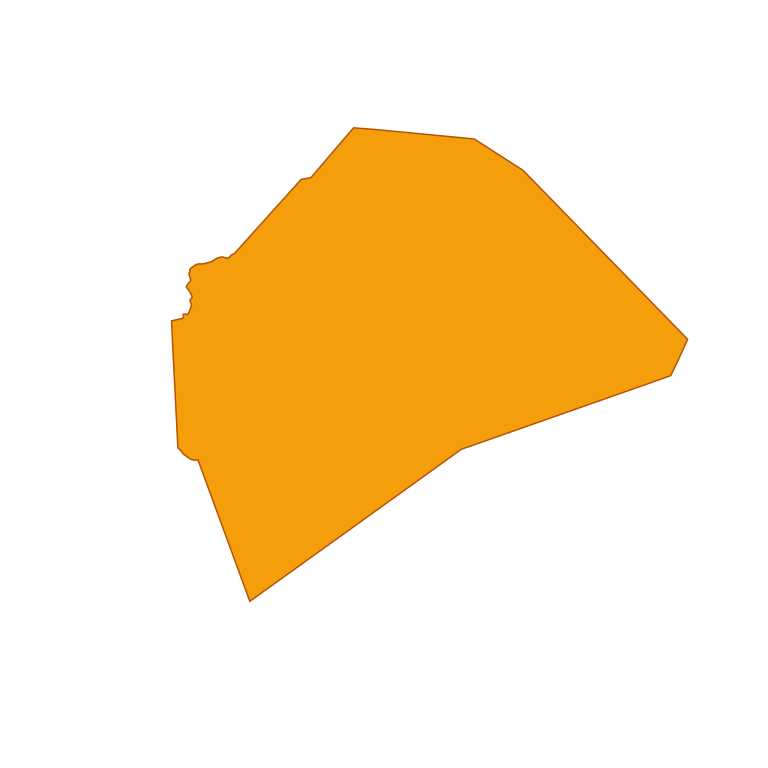 the district of San Luis, Comayagua, Honduras, rotated 127°
{"feature_id": "27666195B17713094876682", "entity_name": "San Luis", "entity_type": "district", "adm_level": 2, "iso_a3": "HND", "parent_name": "Honduras", "parent_adm1": "Comayagua", "projection": "natural_earth1", "projection_center": [-87.433, 14.775], "detail": "fine", "context": "isolated", "style": "filled", "palette": "amber", "viewbox_px": 768, "rotation_deg": 127, "n_neighbors": 0, "source": "geoboundaries", "source_scale": "gbopen_adm2", "svg_char_len": 4647}
<svg xmlns="http://www.w3.org/2000/svg" viewBox="0 0 768 768"><g transform="rotate(127 384 384)"><path d="M638.3,360.4L554.6,334.3L444.5,300.0L389.7,283.0L258.0,195.4L231.0,177.4L204.7,160.0L187.0,163.6L165.6,168.4L146.3,293.4L129.7,401.5L134.0,459.3L186.9,545.6L197.8,562.5L211.0,563.3L215.3,563.6L262.2,566.5L263.2,566.6L270.5,573.3L370.1,582.0L370.4,582.2L370.7,582.5L371.1,582.7L371.2,582.8L371.4,582.9L371.6,583.0L371.8,583.1L372.1,583.2L372.4,583.3L372.6,583.4L372.8,583.5L373.0,583.5L373.3,583.6L373.5,583.6L373.9,583.6L374.0,583.6L374.5,583.7L374.8,583.7L375.2,583.7L375.5,583.8L376.0,583.9L376.3,584.0L376.5,584.0L376.8,584.2L377.3,584.4L377.5,584.4L377.6,584.5L377.8,584.6L377.9,584.8L378.0,584.8L378.0,585.0L378.2,585.3L378.2,585.5L378.3,585.6L378.4,586.0L378.5,586.3L378.6,586.7L378.6,586.8L378.7,587.0L378.8,587.2L379.1,587.9L379.4,588.6L379.5,588.9L379.6,589.0L379.8,589.3L379.9,589.6L380.0,589.6L380.1,589.8L380.4,590.1L380.6,590.4L380.7,590.6L380.9,590.7L381.0,590.8L381.3,591.1L381.5,591.3L382.0,591.6L382.3,591.9L382.5,592.0L382.9,592.3L383.4,592.6L383.9,592.9L384.4,593.1L384.9,593.4L385.4,593.6L385.7,593.8L385.9,593.9L386.2,594.0L386.5,594.1L386.8,594.2L387.0,594.3L387.3,594.4L387.6,594.5L387.9,594.5L388.2,594.6L388.4,594.7L388.5,594.8L388.8,594.9L389.0,594.9L389.3,595.1L389.5,595.2L389.9,595.4L390.1,595.5L390.5,595.8L391.1,596.2L391.4,596.4L392.7,597.3L393.5,597.9L394.2,598.4L394.8,599.0L395.5,599.6L396.2,600.2L396.7,600.7L397.0,601.0L397.3,601.3L397.6,601.6L397.9,601.9L398.0,602.0L398.2,602.4L398.4,602.5L398.5,602.7L398.5,602.8L398.7,603.1L398.8,603.2L398.8,603.3L399.1,603.6L399.4,604.0L399.6,604.3L399.8,604.5L400.0,604.7L400.2,604.8L400.3,604.8L400.6,605.0L400.8,605.0L401.0,605.1L401.2,605.3L401.3,605.4L401.4,605.5L401.5,605.7L401.5,605.8L401.7,606.0L401.8,606.0L402.0,606.1L403.3,606.5L403.9,606.7L404.8,607.0L405.7,607.3L406.3,607.6L407.0,607.8L407.4,607.9L407.6,607.9L407.7,608.0L407.8,608.0L408.1,608.0L408.3,608.0L408.6,608.0L408.9,608.0L409.0,608.0L409.2,607.9L409.3,607.9L409.6,607.8L409.7,607.7L409.8,607.6L410.0,607.4L410.2,607.2L410.3,607.2L410.6,606.9L410.8,606.8L410.9,606.7L411.0,606.7L411.3,606.6L411.5,606.5L411.7,606.4L411.9,606.4L412.0,606.4L412.3,606.4L412.5,606.4L412.8,606.3L413.1,606.2L413.3,606.0L413.4,605.9L413.5,605.8L413.6,605.7L414.1,605.2L414.3,604.9L414.5,604.6L414.7,604.3L414.9,604.1L415.1,603.9L415.2,603.7L415.4,603.4L415.6,603.2L415.8,602.8L415.9,602.6L416.1,602.4L416.2,602.2L416.4,602.0L416.5,601.8L416.7,601.6L416.9,601.5L416.9,601.4L417.2,601.1L417.3,601.0L417.4,600.9L417.5,600.8L417.7,600.7L417.8,600.7L418.0,600.6L418.4,600.6L418.6,600.6L418.8,600.6L419.0,600.6L419.4,600.7L419.5,600.7L419.9,600.8L420.0,600.8L420.3,600.8L420.7,600.9L421.0,600.9L421.5,600.9L422.0,600.9L422.7,600.8L423.2,600.8L423.5,600.8L423.8,600.8L424.0,600.8L424.4,600.7L424.5,600.7L424.9,600.6L425.0,600.5L425.2,600.4L425.3,600.3L425.4,600.2L425.5,600.1L425.6,599.9L425.7,599.7L425.8,599.4L425.9,599.1L426.0,598.8L426.1,598.4L426.3,597.9L426.4,597.3L426.6,596.7L426.7,596.1L426.8,595.8L426.9,595.6L426.9,595.4L427.0,595.2L427.2,594.9L427.2,594.7L427.4,594.3L427.9,593.1L428.3,592.5L428.6,591.8L429.0,591.1L429.2,590.7L429.3,590.5L429.6,590.2L429.8,589.9L429.9,589.7L430.1,589.5L430.1,589.4L430.3,589.4L430.5,589.3L431.0,589.4L431.3,589.4L431.5,589.4L432.8,589.5L433.6,589.5L433.8,589.4L434.0,589.4L434.2,589.2L434.3,589.1L434.4,588.9L434.5,588.8L434.5,588.7L434.7,588.4L434.7,588.2L434.8,588.1L434.9,587.8L435.0,587.7L435.2,587.4L435.4,587.0L435.6,586.8L435.7,586.6L435.8,586.5L435.8,586.4L436.0,586.2L436.4,585.8L436.5,585.7L436.9,585.4L437.1,585.3L437.2,585.1L437.3,585.1L437.5,585.0L437.8,584.8L438.0,584.7L439.0,584.4L439.7,584.2L441.0,583.8L442.2,583.5L443.0,583.3L443.8,583.0L444.5,582.9L445.2,582.7L445.4,582.7L445.6,582.6L446.1,582.6L446.5,582.5L446.8,582.7L446.9,582.8L447.0,583.1L447.2,583.6L447.8,584.8L448.2,585.4L448.3,585.7L448.4,585.9L448.5,586.0L448.8,586.2L449.0,586.3L449.1,586.2L449.3,586.2L449.5,586.1L449.8,586.0L449.9,585.8L450.0,585.8L450.1,585.7L450.3,585.3L450.4,585.2L450.5,585.0L450.5,584.9L450.7,584.7L450.9,584.7L451.0,584.6L451.2,584.4L451.3,584.4L451.6,584.2L451.8,584.2L452.0,584.2L452.2,584.3L452.5,584.3L452.8,584.5L453.0,584.7L453.2,584.8L453.3,584.8L453.5,585.0L453.9,585.3L454.3,585.7L454.4,585.8L454.6,585.9L456.8,587.8L459.0,589.6L459.4,590.0L459.9,590.3L460.6,591.0L461.4,591.7L483.3,573.5L558.9,510.3L559.2,509.7L559.3,507.6L559.7,505.5L560.1,504.0L560.6,502.4L560.8,500.8L560.7,499.4L560.6,496.9L560.5,494.3L560.4,492.8L559.7,491.1L558.9,489.6L558.1,488.4L557.4,487.7L556.6,486.8L638.3,360.4Z" fill="#f59e0b" stroke="#b45309" stroke-width="1.5"/></g></svg>